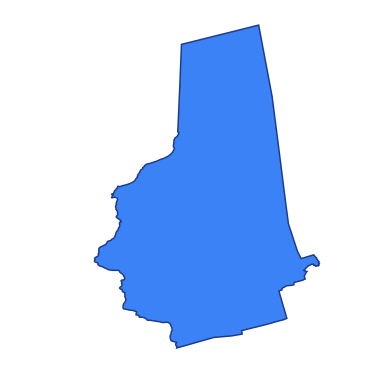 outline of Skútustaðahreppur, Norðurland eystra, Iceland, rotated 168°
{"feature_id": "244011B58365339597746", "entity_name": "Skútustaðahreppur", "entity_type": "district", "adm_level": 2, "iso_a3": "ISL", "parent_name": "Iceland", "parent_adm1": "Norðurland eystra", "projection": "natural_earth1", "projection_center": [-16.6, 65.112], "detail": "fine", "context": "isolated", "style": "filled", "palette": "blue", "viewbox_px": 384, "rotation_deg": 168, "n_neighbors": 0, "source": "geoboundaries", "source_scale": "gbopen_adm2", "svg_char_len": 5581}
<svg xmlns="http://www.w3.org/2000/svg" viewBox="0 0 384 384"><g transform="rotate(168 192 192)"><path d="M172.5,42.6L172.3,46.1L144.0,47.1L138.8,47.6L129.4,48.0L125.5,48.6L127.6,77.1L124.3,77.6L124.1,77.9L124.1,78.3L124.1,78.5L123.7,79.0L123.3,79.4L122.8,79.6L122.0,79.6L118.9,80.6L115.1,80.2L113.9,80.0L111.6,80.1L111.4,80.9L111.1,81.6L110.8,82.3L102.0,82.7L100.9,83.1L99.4,83.3L99.7,86.4L96.4,90.3L96.2,90.4L96.7,90.6L97.1,90.6L97.0,90.8L97.3,91.0L97.6,91.2L97.6,91.3L98.3,91.6L98.4,91.8L98.6,91.9L98.4,92.0L98.5,92.1L98.6,92.3L93.7,95.6L92.8,95.7L89.7,96.5L89.1,96.3L88.5,96.2L88.3,95.9L88.2,95.9L88.2,95.6L87.9,95.4L87.7,95.2L87.9,95.1L87.7,94.9L87.8,94.8L87.6,94.7L86.9,94.4L86.4,94.2L86.3,93.9L86.3,93.7L85.7,93.7L85.7,93.8L85.5,93.7L85.0,93.8L84.8,93.7L84.6,93.7L84.2,93.6L83.7,93.5L83.2,93.9L83.3,94.0L83.1,94.0L82.9,94.2L82.9,94.6L83.1,94.8L83.2,95.0L83.2,95.3L82.6,95.6L82.3,95.7L82.9,97.1L82.9,97.4L82.8,97.5L82.4,97.6L83.9,100.4L83.8,101.6L84.9,102.9L86.0,105.2L99.1,104.2L100.4,109.2L101.2,112.2L104.3,140.8L102.6,162.3L96.6,234.3L93.8,268.7L92.1,341.4L171.6,338.6L182.4,296.2L193.4,253.8L193.3,253.5L192.6,252.9L192.6,252.6L192.7,252.3L193.0,251.8L193.2,251.4L193.7,251.0L194.7,249.7L195.7,249.0L196.5,248.7L197.4,248.4L197.6,248.2L197.7,247.8L197.9,247.6L198.5,246.9L199.0,246.1L199.4,244.3L199.8,243.0L200.5,241.6L200.7,239.9L200.6,239.5L200.1,238.5L200.1,238.2L201.1,237.0L202.3,235.4L203.1,234.7L204.4,233.8L205.9,232.9L207.9,232.0L210.4,231.3L212.4,230.8L213.6,230.6L215.8,230.5L218.2,229.9L220.0,229.5L222.0,229.3L225.6,228.9L227.7,228.7L230.2,228.7L230.7,228.6L232.1,228.1L232.6,227.8L233.0,227.3L233.3,227.0L235.0,226.2L235.1,225.4L235.5,225.0L236.1,224.7L237.1,224.4L237.8,224.0L238.0,223.8L238.4,223.1L239.5,221.8L240.5,220.7L241.4,220.1L241.8,219.3L242.3,218.7L242.2,218.2L242.3,218.0L242.9,217.4L244.3,216.5L245.6,215.0L246.4,214.5L247.4,214.1L249.8,213.4L251.5,213.1L255.1,212.7L257.9,212.7L261.1,212.3L262.0,212.4L262.3,212.5L262.8,212.9L263.4,213.0L263.9,212.3L263.9,212.2L263.9,211.9L264.2,211.6L264.4,211.3L264.8,211.2L265.7,210.5L266.2,209.9L267.5,209.3L267.6,209.2L267.6,208.9L267.7,208.7L268.0,208.4L268.2,208.0L268.7,207.5L269.0,206.9L269.4,206.7L270.7,206.7L271.0,206.6L271.0,206.4L269.7,205.8L270.0,205.4L270.9,204.7L271.3,203.8L271.7,203.4L271.7,203.1L271.1,202.9L269.7,203.0L268.7,202.9L268.2,202.8L267.0,202.0L266.6,201.6L266.4,201.1L266.4,200.1L267.0,199.0L267.7,198.3L267.8,198.0L268.1,197.3L268.4,197.0L268.5,196.8L268.4,196.3L268.5,196.1L268.3,195.8L268.4,195.6L268.9,195.2L269.1,194.9L269.2,194.7L269.5,194.2L269.8,193.6L269.8,193.2L269.8,192.9L269.6,191.6L269.7,191.3L270.0,190.8L269.9,190.5L269.6,189.9L269.2,189.0L269.0,187.6L268.9,187.3L269.4,186.2L269.3,185.5L269.3,185.4L269.4,185.2L269.9,184.8L270.4,184.4L270.9,184.1L271.2,183.7L271.3,183.5L271.2,183.3L270.7,182.6L270.6,182.0L269.8,181.5L269.1,180.6L268.7,180.3L268.3,179.9L268.2,179.8L268.1,179.4L267.6,179.0L267.6,178.9L268.1,178.5L268.1,178.4L267.6,178.3L267.5,178.1L267.4,177.8L267.4,177.6L267.6,177.4L269.3,177.1L269.6,175.6L269.7,174.0L270.0,173.3L270.4,172.9L271.1,172.3L271.5,171.8L271.8,170.9L272.2,170.3L273.2,169.7L274.4,168.5L275.0,167.4L275.6,166.2L277.3,163.9L277.8,163.4L278.3,163.0L279.2,162.7L280.4,162.4L281.1,161.8L281.6,161.5L284.4,161.3L284.8,161.2L285.2,160.9L285.9,159.9L287.1,158.8L287.6,158.6L288.8,158.2L289.9,158.0L293.1,157.1L293.9,156.8L294.6,156.4L294.9,155.9L295.0,155.2L295.4,154.4L295.3,153.7L295.4,152.6L296.4,151.4L296.3,150.8L296.6,150.4L296.6,149.9L296.7,149.4L297.3,148.9L298.8,148.4L299.6,148.2L300.6,147.8L301.1,147.1L301.2,146.8L301.0,146.4L301.0,146.1L301.2,145.8L301.4,145.6L301.7,145.1L301.7,144.9L301.7,144.3L301.3,143.7L299.5,142.6L298.8,142.0L298.8,141.8L299.1,141.0L299.1,140.7L298.3,139.4L298.0,139.1L294.8,137.3L294.2,136.8L293.5,136.1L292.4,135.4L290.5,133.8L289.6,133.2L285.3,131.7L281.3,130.9L280.5,130.7L279.9,130.4L279.6,130.0L279.5,129.6L279.3,128.6L279.0,128.3L278.0,127.1L277.5,126.7L277.0,126.0L276.5,125.2L276.3,124.6L276.2,123.7L275.8,123.2L275.7,122.7L275.9,122.0L275.7,121.6L276.2,120.8L276.7,120.2L277.4,120.2L278.0,120.4L278.7,120.4L279.7,120.2L279.8,119.9L279.8,119.4L279.5,118.9L279.3,118.3L279.4,118.0L279.8,117.7L279.8,117.4L279.9,117.2L279.7,116.8L279.8,116.4L279.7,115.8L279.9,115.1L280.5,114.5L281.5,114.1L282.2,113.7L282.6,113.3L282.8,113.1L282.4,112.4L282.0,111.8L281.3,111.3L280.9,111.1L280.6,110.8L280.6,110.7L280.7,110.2L280.7,109.1L280.3,108.6L279.9,108.3L278.6,107.7L278.8,107.1L279.0,106.3L278.9,105.5L279.0,105.0L279.5,103.9L279.4,103.4L279.3,103.1L279.0,101.1L279.0,100.7L279.1,100.1L280.2,98.5L282.2,96.8L282.6,96.0L282.9,95.2L283.2,94.3L283.4,93.6L283.5,93.1L283.4,92.4L283.3,92.1L283.0,91.8L282.2,91.4L281.2,91.2L278.2,89.7L275.8,88.9L274.0,88.2L272.2,87.0L271.2,86.5L271.2,86.3L271.3,85.9L271.5,85.4L271.7,84.8L272.3,83.8L272.3,83.5L272.2,83.3L270.3,82.8L269.8,82.5L269.7,82.3L269.7,81.8L269.7,81.1L269.3,80.4L267.1,80.0L265.3,79.2L263.5,77.8L262.8,76.6L262.3,76.0L261.9,75.8L259.2,75.1L252.1,72.3L251.0,72.0L250.3,71.7L249.4,71.1L248.7,70.8L248.0,70.5L247.2,70.3L244.2,69.9L243.2,69.7L242.7,69.5L241.8,68.8L241.3,68.3L241.0,67.9L240.8,67.4L240.5,66.1L239.9,62.8L239.9,62.1L240.2,61.1L241.1,59.9L241.5,59.1L241.8,58.1L242.1,57.5L243.1,56.2L243.6,54.4L243.6,53.1L243.5,51.9L243.2,50.9L243.1,50.7L242.0,50.0L240.2,49.1L238.8,48.5L238.3,48.1L238.3,47.9L238.7,47.4L239.4,47.0L239.7,46.7L239.7,46.4L239.6,46.0L239.6,45.1L239.5,44.9L239.1,44.6L238.8,44.2L238.7,44.0L238.8,43.7L239.3,43.1L239.5,42.6L200.9,45.2L183.1,43.0L172.5,42.6Z" fill="#3b82f6" stroke="#1e3a8a" stroke-width="1.5"/></g></svg>